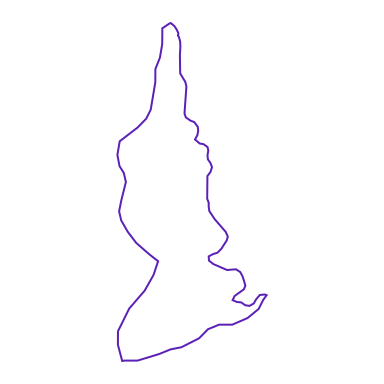 outline of Jaerong, Hwanghae-namdo, North Korea
{"feature_id": "82179303B97817957609730", "entity_name": "Jaerong", "entity_type": "district", "adm_level": 2, "iso_a3": "PRK", "parent_name": "North Korea", "parent_adm1": "Hwanghae-namdo", "projection": "natural_earth1", "projection_center": [125.668, 38.438], "detail": "fine", "context": "isolated", "style": "outline", "palette": "violet", "viewbox_px": 384, "rotation_deg": 0, "n_neighbors": 0, "source": "geoboundaries", "source_scale": "gbopen_adm2", "svg_char_len": 1390}
<svg xmlns="http://www.w3.org/2000/svg" viewBox="0 0 384 384"><path d="M133.0,238.7L136.3,243.0L149.4,254.4L158.1,261.2L153.6,274.8L144.7,290.6L129.2,308.6L118.0,331.2L117.9,344.8L122.2,361.0L124.3,360.6L137.5,360.6L159.5,353.9L170.5,349.4L181.5,347.2L199.2,338.2L208.0,329.2L219.0,324.7L232.2,324.7L247.6,318.0L258.7,308.9L263.2,299.9L266.6,295.2L264.6,294.5L259.8,295.0L256.2,299.2L253.8,303.4L249.5,305.9L245.2,305.2L241.2,302.4L236.9,302.0L232.6,300.1L234.7,295.9L243.9,289.3L245.4,285.6L242.7,276.7L240.3,272.1L236.0,269.3L227.0,270.0L213.4,264.1L209.0,260.6L208.7,256.4L213.0,254.1L217.5,252.7L221.4,248.7L226.8,240.3L227.8,236.6L225.7,231.9L214.8,219.3L209.4,211.2L208.7,207.0L208.7,202.7L207.2,198.8L207.4,176.1L210.5,171.9L212.0,167.3L210.5,163.1L207.9,159.3L207.5,155.1L208.3,150.7L208.0,149.1L207.5,147.0L203.6,144.2L199.7,143.5L195.0,139.5L197.4,135.1L198.2,131.1L197.8,126.9L194.4,122.2L190.1,120.4L185.8,117.3L184.5,113.4L186.4,86.5L185.3,81.9L180.2,73.5L179.9,55.3L180.4,46.2L180.1,41.5L178.9,36.8L177.9,35.6L178.4,33.3L176.7,29.6L174.4,26.1L170.7,23.0L169.0,23.8L162.3,28.3L162.3,35.1L162.2,44.2L159.9,57.7L155.4,69.0L155.3,82.6L154.9,84.8L153.0,96.1L150.7,109.7L146.2,118.7L137.4,127.7L128.5,134.5L119.7,141.3L117.4,154.8L119.5,166.1L123.8,172.9L125.9,182.0L121.4,200.0L119.1,211.3L121.2,220.4L127.7,231.7L133.0,238.7Z" fill="none" stroke="#5b21b6" stroke-width="2"/></svg>